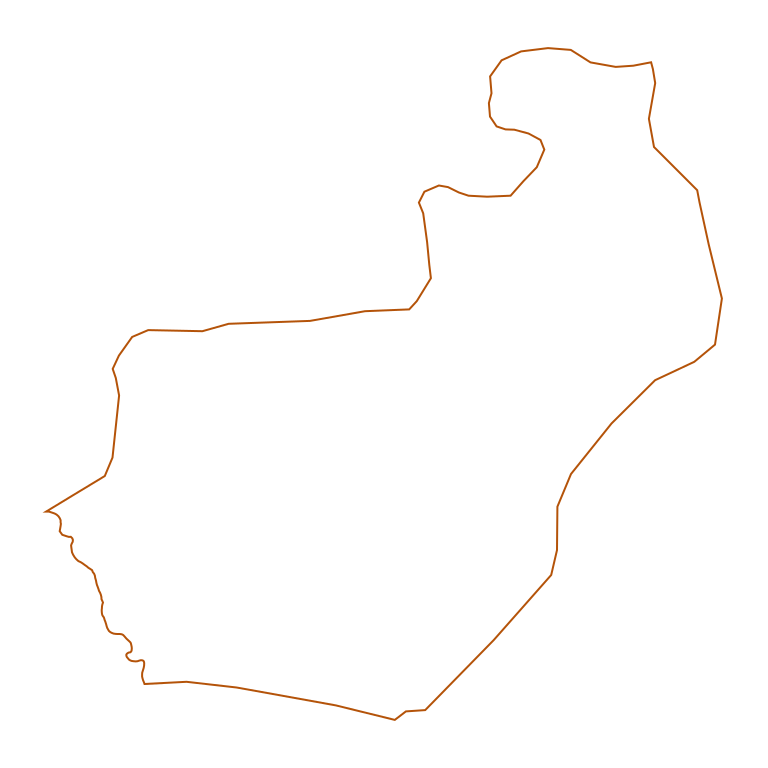 Barros Blancos, Canelones, Uruguay (orthographic projection)
{"feature_id": "84410073B87283476662632", "entity_name": "Barros Blancos", "entity_type": "district", "adm_level": 2, "iso_a3": "URY", "parent_name": "Uruguay", "parent_adm1": "Canelones", "projection": "orthographic", "projection_center": [-56.02, -34.752], "detail": "fine", "context": "isolated", "style": "outline", "palette": "amber", "viewbox_px": 768, "rotation_deg": 0, "n_neighbors": 0, "source": "geoboundaries", "source_scale": "gbopen_adm2", "svg_char_len": 2417}
<svg xmlns="http://www.w3.org/2000/svg" viewBox="0 0 768 768"><path d="M425.2,710.1L493.7,640.1L551.2,575.0L557.0,550.1L557.4,506.7L571.0,474.0L611.5,423.5L655.1,380.2L694.3,361.8L715.0,344.6L721.9,298.5L708.7,244.4L699.5,202.3L697.2,190.2L654.0,147.0L648.9,118.8L655.2,83.1L652.9,69.1L651.1,62.3L633.3,65.7L615.7,66.9L590.5,62.4L570.8,49.9L548.0,48.1L521.1,51.4L501.6,60.3L490.1,76.4L491.5,93.3L488.9,103.1L490.0,116.6L496.6,126.4L505.5,129.4L514.3,129.7L528.5,133.5L540.5,140.0L544.3,149.6L536.8,167.2L523.3,181.3L510.6,195.7L487.2,196.7L468.5,195.7L458.9,192.5L448.0,187.1L438.9,185.5L424.4,191.7L418.9,202.6L423.2,213.3L427.1,242.0L429.3,264.9L430.9,278.2L416.8,301.1L409.2,309.4L365.0,311.2L310.0,320.9L228.6,323.8L202.4,331.2L148.2,330.1L132.2,336.9L118.9,355.6L112.7,368.9L115.8,378.0L119.1,395.5L112.5,457.6L104.8,476.0L72.6,495.5L46.1,511.6L48.9,511.6L51.7,512.5L54.6,513.5L56.6,514.6L58.5,516.3L59.8,518.3L60.6,520.2L60.6,522.3L60.9,523.9L60.6,526.0L60.2,528.4L59.7,531.2L61.0,533.0L62.3,534.8L64.1,535.4L64.4,535.5L66.8,536.3L68.9,536.9L70.8,536.8L72.3,538.3L72.9,539.9L72.7,541.8L71.7,543.7L71.1,545.4L71.3,547.2L71.6,549.3L72.0,552.3L73.1,554.7L74.7,557.3L76.3,559.2L78.4,561.1L80.6,562.1L82.5,563.3L84.8,565.0L86.7,566.3L88.4,567.8L90.2,568.9L92.1,570.2L92.8,572.1L94.1,573.7L94.9,575.7L95.2,577.8L96.0,580.6L96.4,582.8L96.9,584.8L97.6,586.6L98.5,589.1L99.0,590.8L100.1,592.8L100.9,594.9L101.4,597.0L101.5,599.2L102.3,600.9L103.0,602.6L102.4,604.3L102.0,606.3L101.9,608.3L101.7,610.1L101.8,612.2L102.0,613.9L102.4,615.3L103.1,616.4L103.8,617.3L104.2,618.4L104.6,619.9L105.3,621.6L105.8,623.2L106.1,624.1L106.7,626.4L107.3,628.1L108.1,629.5L108.9,630.9L110.3,632.1L111.8,632.9L113.6,633.6L115.7,633.9L117.4,634.0L119.6,634.0L121.3,634.2L122.3,634.5L123.3,635.1L124.6,636.5L126.4,638.6L128.0,640.1L129.2,641.2L130.5,642.5L130.9,643.4L131.3,645.1L131.7,647.0L131.8,648.6L131.6,650.4L131.2,651.5L130.3,652.3L128.9,652.5L128.0,652.9L126.8,653.8L126.3,654.8L126.4,655.9L126.9,657.1L128.0,658.4L129.0,659.6L130.1,660.3L131.5,660.9L133.4,661.2L135.7,661.4L137.6,661.2L139.3,660.6L140.9,660.2L142.2,660.3L143.4,660.8L144.0,661.9L144.2,663.2L144.1,665.6L143.7,667.8L143.2,669.5L142.7,671.1L142.2,672.8L142.1,674.7L142.1,675.4L142.1,676.5L142.5,678.3L143.1,680.3L144.0,682.5L144.5,684.0L186.5,681.8L236.6,687.5L335.9,705.4L394.8,719.9L405.9,711.4L425.2,710.1Z" fill="none" stroke="#b45309" stroke-width="2"/></svg>